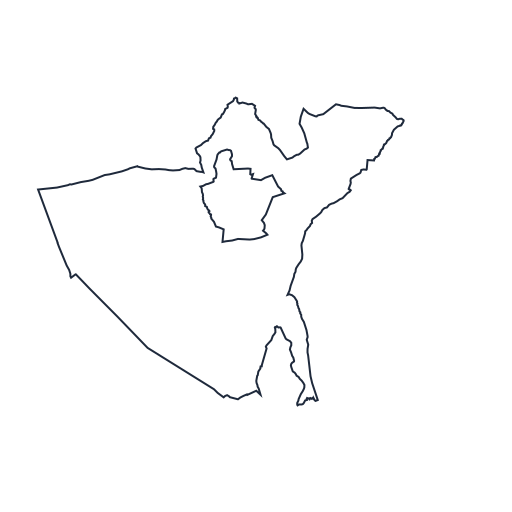 outline of Babati, Manyara, United Republic of Tanzania, rotated 161°
{"feature_id": "72390352B12207219772126", "entity_name": "Babati", "entity_type": "district", "adm_level": 2, "iso_a3": "TZA", "parent_name": "United Republic of Tanzania", "parent_adm1": "Manyara", "projection": "albers", "projection_center": [35.708, -4.024], "detail": "fine", "context": "isolated", "style": "outline", "palette": "slate", "viewbox_px": 512, "rotation_deg": 161, "n_neighbors": 0, "source": "geoboundaries", "source_scale": "gbopen_adm2", "svg_char_len": 6120}
<svg xmlns="http://www.w3.org/2000/svg" viewBox="0 0 512 512"><g transform="rotate(161 256 256)"><path d="M232.4,169.5L232.2,178.1L233.0,181.6L233.0,183.9L232.4,185.7L232.9,187.3L232.4,188.3L232.9,189.4L232.5,191.9L232.8,192.9L232.6,195.0L232.9,196.4L232.3,197.6L232.5,198.5L232.0,199.3L232.0,200.0L233.1,204.6L234.7,207.2L237.0,209.0L238.8,209.0L235.5,212.5L232.9,216.6L227.0,223.9L225.6,226.6L223.8,228.2L222.7,230.5L221.7,231.7L218.4,234.3L215.5,236.2L213.3,238.4L211.7,242.3L209.6,251.2L208.6,253.2L206.7,255.1L203.8,259.2L202.0,261.8L201.8,262.7L201.0,263.6L200.0,263.9L198.3,265.2L195.2,266.8L194.1,268.2L192.2,269.0L191.8,271.2L190.5,272.5L186.4,273.6L181.5,275.5L180.0,276.3L178.3,277.9L175.7,279.0L173.1,278.8L170.2,280.6L167.5,280.9L165.4,280.7L161.4,281.4L158.5,282.3L155.3,282.5L149.1,285.7L146.6,286.2L145.0,287.3L145.3,288.0L146.5,288.8L146.6,289.2L143.1,293.4L142.4,294.8L142.3,296.2L141.1,298.3L134.5,299.9L131.0,300.4L130.1,300.8L128.4,303.1L126.1,302.8L123.5,301.6L123.1,301.9L119.3,310.4L113.3,307.9L112.6,309.3L111.9,309.3L110.8,310.6L109.6,310.3L108.5,310.8L107.4,310.9L106.5,312.3L106.0,312.2L105.7,313.1L105.2,313.2L105.1,313.7L103.7,314.9L103.7,315.4L101.6,316.3L101.4,316.2L101.1,316.7L100.7,316.8L100.0,318.1L98.7,319.2L98.8,319.6L98.6,319.8L97.5,319.8L96.1,320.4L94.5,322.2L93.8,322.3L93.4,322.8L92.2,322.9L91.5,323.8L90.7,323.7L90.2,324.3L89.6,324.4L88.0,326.3L87.4,327.8L84.5,330.5L79.9,332.4L77.8,332.3L77.3,332.5L76.7,332.1L75.9,332.4L75.7,332.9L75.0,333.2L74.8,333.7L74.2,333.8L71.8,336.3L71.6,336.2L72.6,336.7L73.6,338.4L75.7,339.0L77.1,339.0L78.2,339.8L78.8,341.6L80.5,344.8L80.7,346.2L82.2,347.8L83.1,349.7L84.6,350.4L84.8,351.1L85.6,352.0L86.1,353.7L86.7,354.4L87.4,354.8L90.7,355.2L95.5,357.7L107.8,361.5L114.6,363.9L121.3,367.8L126.5,370.3L127.8,371.5L131.0,373.4L146.2,368.2L151.4,368.8L152.5,368.6L153.2,368.2L154.3,368.7L159.2,372.9L160.4,374.4L163.1,379.7L168.3,373.1L171.8,366.8L171.0,362.6L170.4,356.3L171.0,346.6L170.9,345.5L171.6,341.6L173.2,341.0L175.4,340.9L180.9,338.5L183.0,338.0L184.3,338.4L185.4,338.3L187.6,337.9L189.5,337.2L195.3,337.3L196.8,341.3L198.8,348.3L199.8,350.6L202.8,354.8L203.1,355.9L202.9,359.3L203.1,362.8L202.2,366.0L202.1,367.6L202.4,371.9L204.2,374.7L205.6,378.7L206.1,379.0L206.5,380.1L207.2,380.8L208.0,382.8L209.4,384.0L209.4,386.0L209.8,386.1L210.3,386.8L210.1,387.2L210.4,387.3L210.4,388.1L210.1,388.3L210.6,390.5L208.6,394.2L208.5,395.1L209.1,396.2L209.0,397.0L208.0,398.3L210.3,401.2L214.1,402.0L215.5,403.3L218.8,405.5L222.0,405.6L221.9,406.0L223.0,406.8L223.4,408.2L222.5,411.2L223.7,412.4L225.1,411.9L225.6,412.0L226.1,411.0L227.3,409.9L233.7,408.3L234.1,406.2L234.7,405.4L237.3,405.0L237.9,403.9L239.5,402.3L241.1,401.0L242.1,401.0L244.3,398.4L247.0,397.6L248.4,396.8L249.2,395.9L250.6,395.2L252.3,393.5L254.3,392.1L255.2,390.2L254.3,389.3L254.7,387.9L257.2,385.4L259.6,383.9L260.5,382.7L262.2,382.6L263.8,380.7L265.7,380.9L266.8,380.7L269.4,380.0L271.9,378.8L277.0,378.0L278.2,377.3L278.3,372.3L277.3,370.8L276.5,368.6L276.4,367.5L277.3,364.4L278.5,362.6L278.1,360.0L278.5,357.4L278.5,352.2L279.5,353.0L281.2,353.7L284.6,355.6L285.9,358.2L287.0,359.0L291.6,360.4L294.2,362.1L297.2,362.4L300.4,362.2L306.6,363.9L310.3,365.5L313.5,367.3L319.5,369.8L326.4,371.9L332.2,374.8L339.0,379.2L339.0,379.5L346.8,380.0L348.9,379.7L355.3,379.7L368.0,380.9L372.7,381.8L385.7,381.2L389.9,381.6L397.5,382.9L407.3,383.7L408.6,384.4L410.6,384.2L421.9,385.5L440.4,389.8L439.2,333.1L439.4,333.0L439.3,328.9L438.1,308.6L437.2,303.7L437.3,299.7L438.1,297.2L437.9,295.7L432.6,297.4L432.3,297.3L424.0,279.4L406.8,243.9L388.4,204.4L339.1,143.7L336.8,139.0L332.6,132.9L330.8,133.7L328.6,133.8L327.0,131.9L326.8,131.1L319.7,126.4L316.9,127.3L313.4,127.8L309.6,128.1L309.5,127.5L299.6,128.5L296.9,123.4L296.6,129.8L297.0,131.9L296.7,133.4L296.8,135.7L296.4,137.8L293.9,142.3L293.2,142.7L291.4,146.0L288.5,148.2L288.1,149.3L287.6,150.1L286.5,149.8L285.9,151.1L276.1,165.1L276.2,167.1L275.1,168.1L268.9,171.5L266.2,174.9L264.1,176.2L262.5,177.5L261.5,180.8L261.5,182.2L261.0,182.6L260.3,182.2L259.6,182.7L259.1,182.8L258.1,181.1L256.4,180.7L256.0,180.3L254.8,168.3L254.3,167.3L251.6,164.4L250.9,162.5L251.7,160.1L253.2,158.5L254.4,156.5L254.2,153.6L254.3,149.8L253.8,147.8L254.1,144.5L254.4,143.9L256.6,143.3L257.7,142.6L258.6,141.3L258.8,139.6L258.8,134.9L257.4,133.1L256.8,131.3L256.6,129.6L255.1,127.8L254.6,125.6L253.4,123.3L252.6,120.7L252.2,118.3L253.1,116.0L254.0,114.8L255.8,113.0L258.6,110.8L262.3,106.8L263.0,105.5L264.8,103.7L265.3,102.5L265.4,101.5L265.3,101.2L263.7,101.6L261.1,100.7L259.7,100.8L258.6,101.5L256.6,103.4L254.7,103.3L254.7,104.3L253.9,105.1L252.9,104.1L252.3,104.2L251.9,103.1L250.8,103.9L249.8,102.8L249.0,103.3L248.4,102.5L247.9,103.2L247.5,100.5L246.9,99.6L244.5,99.7L244.3,117.4L243.6,124.5L239.1,144.9L238.7,148.0L237.5,151.4L235.5,155.1L235.3,160.3L233.6,162.5L233.3,163.5L232.4,169.5ZM245.3,272.0L252.3,272.6L256.6,273.6L267.5,278.0L273.5,278.4L279.5,279.7L283.1,280.2L277.9,291.7L281.7,295.1L284.3,296.9L284.6,302.0L286.1,305.9L285.8,306.9L286.0,308.1L285.1,309.4L285.0,309.9L285.9,310.5L285.9,311.2L286.6,312.6L286.2,313.5L285.4,313.7L285.5,314.2L286.4,315.6L286.6,316.9L286.5,318.5L287.8,319.7L287.3,321.3L288.0,323.0L288.0,324.6L287.6,325.7L287.9,326.6L287.1,328.0L287.0,329.5L286.4,330.4L286.1,332.0L286.3,334.0L285.4,337.4L285.4,338.0L286.0,339.8L283.2,339.5L279.8,340.1L277.9,339.8L272.2,340.0L271.8,340.2L271.4,342.1L271.0,342.8L268.3,343.1L266.6,346.5L266.2,348.7L265.8,351.9L266.6,353.4L266.4,354.6L261.9,360.1L259.8,363.8L259.2,364.5L257.0,365.8L256.2,365.6L255.6,366.1L254.6,366.3L248.7,366.1L247.4,365.1L246.2,364.6L245.4,363.6L245.6,360.0L246.2,358.2L248.8,356.1L249.1,355.5L248.9,354.5L248.1,353.6L248.7,350.7L248.9,345.3L235.1,341.3L232.8,340.2L234.8,335.2L234.1,334.4L232.2,334.4L234.9,330.8L234.9,330.5L226.6,326.1L221.9,327.0L214.3,327.1L212.5,314.5L210.6,311.0L210.8,309.4L209.7,308.3L210.0,306.9L209.2,306.7L208.7,306.0L221.0,306.2L233.2,292.0L238.9,288.0L237.7,284.7L237.7,282.3L239.0,279.3L239.6,278.6L241.1,277.6L238.9,274.0L238.3,272.4L245.3,272.0Z" fill="none" stroke="#1e293b" stroke-width="2"/></g></svg>